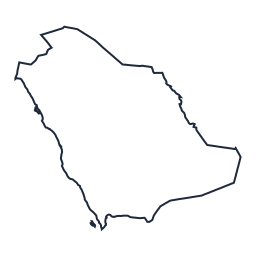 Saudi Arabia, Natural Earth projection
{"feature_id": "SAU", "entity_name": "Saudi Arabia", "entity_type": "country or territory", "adm_level": 0, "iso_a3": "SAU", "parent_name": "Asia", "parent_adm1": "", "projection": "natural_earth1", "projection_center": [44.88, 24.248], "detail": "fine", "context": "isolated", "style": "outline", "palette": "slate", "viewbox_px": 256, "rotation_deg": 0, "n_neighbors": 0, "source": "natural_earth", "source_scale": "50m", "svg_char_len": 5048}
<svg xmlns="http://www.w3.org/2000/svg" viewBox="0 0 256 256"><path d="M201.6,195.6L199.0,196.0L196.5,196.4L193.8,196.8L190.4,197.4L187.8,197.8L184.0,198.4L180.5,198.9L177.3,199.4L174.1,200.0L171.3,200.4L169.7,200.9L167.8,202.0L164.8,203.7L161.8,205.5L160.3,206.4L158.7,208.7L157.8,209.8L156.3,211.9L155.2,213.5L153.9,215.4L153.3,217.1L152.4,219.8L151.6,220.4L150.3,221.3L149.1,221.9L147.3,221.8L146.3,220.2L145.2,218.5L144.6,217.8L144.1,217.8L142.3,218.0L140.1,218.2L137.4,217.9L134.4,217.6L131.6,217.3L130.2,217.1L128.4,216.0L127.9,215.8L127.4,215.7L125.2,215.7L123.0,215.7L120.8,216.0L118.8,215.9L116.6,216.1L115.8,216.5L115.0,216.5L114.5,216.9L114.0,217.0L113.4,216.7L112.8,216.8L111.8,216.5L111.1,215.8L110.5,215.1L109.9,214.8L109.2,214.6L108.6,214.6L107.8,215.0L107.3,215.3L106.1,216.6L106.0,217.0L106.6,217.8L106.4,218.1L105.7,218.6L105.5,219.7L105.4,220.4L105.3,221.9L105.6,223.2L106.0,223.6L106.0,224.1L105.8,225.2L105.1,225.5L104.6,226.5L104.3,227.0L103.8,227.5L101.8,229.3L101.7,228.2L101.0,226.7L101.0,225.6L100.7,224.6L100.1,223.7L99.1,222.9L99.0,221.7L98.3,220.6L97.3,219.6L96.7,217.9L96.3,215.6L93.7,212.6L90.4,209.8L89.4,208.3L87.8,205.1L87.0,202.6L84.8,199.7L84.7,198.5L84.4,197.2L83.9,195.7L83.6,194.5L81.4,189.2L80.7,188.4L80.1,187.2L80.0,186.3L79.8,185.8L78.2,185.0L76.8,182.8L72.5,179.3L70.4,178.9L68.7,177.7L67.5,176.0L66.2,173.2L63.9,170.2L61.9,165.9L62.6,164.3L62.5,163.2L61.9,161.3L61.3,159.9L60.9,158.5L61.2,156.6L61.4,154.4L61.8,153.2L62.1,152.0L61.8,149.4L61.1,148.0L61.2,147.1L60.5,146.7L59.9,145.7L60.5,145.7L59.4,144.3L59.0,143.5L58.6,141.7L58.0,140.2L56.3,137.0L55.5,135.0L53.6,132.4L51.6,130.5L50.3,129.7L49.7,128.9L48.7,128.9L47.5,127.8L46.7,127.7L45.7,127.5L44.5,125.4L43.6,123.4L41.9,120.7L42.3,120.1L42.8,118.9L42.6,117.5L42.4,116.5L41.7,114.7L39.3,110.2L38.7,109.5L37.6,108.8L37.0,106.8L36.7,105.1L35.1,104.2L32.3,97.9L30.7,95.7L30.1,94.2L28.2,91.8L27.3,89.4L25.4,87.1L23.8,83.3L21.3,79.4L20.3,78.7L17.6,78.4L16.5,78.1L15.4,79.0L15.4,77.9L16.1,76.4L17.2,73.3L17.5,70.6L19.3,62.4L21.5,62.8L23.4,63.2L26.1,63.7L28.9,64.2L30.5,64.5L31.1,64.4L33.4,62.4L35.5,60.6L36.8,58.4L38.0,56.3L38.5,55.8L40.4,55.4L43.3,54.8L46.1,54.1L46.3,53.9L47.0,52.2L47.9,50.1L48.1,49.8L48.3,49.6L50.4,48.4L51.6,47.7L49.9,45.5L48.3,43.4L46.5,41.1L44.9,39.3L42.6,36.6L41.1,34.9L43.8,34.1L46.8,33.2L49.7,32.3L53.3,31.2L56.1,30.3L60.3,29.0L62.3,28.4L62.7,28.3L64.3,26.7L66.6,27.2L70.1,27.8L73.5,28.4L77.1,29.1L78.2,29.7L81.7,31.9L83.9,33.3L86.5,34.9L89.8,37.0L92.0,38.4L94.9,40.2L97.2,42.2L100.0,44.8L103.1,47.7L105.7,49.9L109.3,53.0L112.8,56.0L116.2,59.0L119.0,61.4L122.5,64.4L122.7,64.5L126.3,64.8L131.0,65.3L135.8,65.7L140.1,66.1L142.0,65.7L144.0,66.0L146.8,66.4L148.4,66.6L151.6,67.1L152.5,69.0L152.8,70.4L153.2,71.7L154.1,73.0L156.3,72.9L158.1,72.9L160.5,72.9L162.3,72.8L162.9,74.1L163.2,75.3L164.3,78.1L165.9,80.4L166.3,81.2L166.5,82.4L166.3,82.8L166.2,83.4L167.3,84.6L169.3,85.6L170.0,85.9L170.9,86.4L170.2,87.1L171.4,88.7L172.7,90.4L174.1,90.7L176.1,93.3L179.0,94.9L180.7,97.0L180.1,96.9L179.4,96.6L179.2,96.8L179.3,97.7L179.4,98.8L180.3,99.7L181.1,100.4L181.5,101.6L180.9,104.3L180.7,104.3L180.2,104.0L179.8,104.0L179.5,104.1L180.1,106.1L180.6,107.5L181.3,108.7L181.8,110.4L182.3,111.1L184.2,113.0L184.8,114.5L185.3,117.3L186.5,118.9L187.2,120.1L188.0,121.1L188.6,122.6L189.4,123.6L189.8,123.9L190.4,124.0L191.2,124.0L192.1,123.7L193.0,123.5L193.8,124.0L194.6,124.0L194.7,124.5L194.1,125.2L193.5,126.9L194.4,127.2L195.3,127.3L195.9,127.6L196.3,127.6L196.3,128.0L196.4,129.6L196.6,130.3L197.0,130.8L197.6,131.7L198.2,132.5L198.8,133.4L199.4,134.2L200.0,135.1L200.6,135.9L201.2,136.7L201.8,137.6L202.4,138.4L203.0,139.3L203.6,140.1L204.2,141.0L204.8,141.8L205.5,142.6L206.1,143.5L206.7,144.3L207.2,145.0L208.1,145.1L208.4,145.2L209.2,145.3L210.4,145.5L212.1,145.7L214.0,146.0L216.2,146.3L218.5,146.7L220.9,147.0L223.4,147.4L225.7,147.7L227.9,148.0L229.8,148.3L231.5,148.5L232.7,148.7L233.6,148.9L233.8,148.9L234.7,149.0L234.9,149.0L235.6,148.0L236.4,149.4L237.1,150.6L238.0,152.3L239.0,154.0L239.9,155.7L240.6,157.0L240.3,158.3L239.9,159.7L239.6,161.1L239.2,162.6L238.8,164.0L238.5,165.4L238.1,166.8L237.7,168.2L237.3,169.7L237.0,171.1L236.6,172.5L236.2,173.9L235.9,175.4L235.5,176.8L235.1,178.2L234.7,179.6L234.4,181.0L233.9,182.7L232.8,183.2L230.9,183.9L229.1,184.7L227.2,185.4L225.4,186.1L223.5,186.9L221.7,187.6L219.8,188.4L217.9,189.1L216.1,189.8L214.2,190.6L212.4,191.3L210.5,192.0L208.7,192.8L206.8,193.5L204.9,194.2L203.1,195.0L201.6,195.6ZM92.9,224.8L93.8,224.9L93.4,224.5L93.4,224.3L93.7,223.7L94.9,224.9L94.9,226.4L94.8,226.7L94.5,226.4L94.3,226.1L94.2,225.8L93.9,225.4L92.7,225.6L92.0,225.2L90.9,224.0L90.6,223.2L91.1,223.0L91.5,222.6L91.8,221.9L91.6,221.2L92.2,221.3L92.5,222.0L92.6,223.7L92.7,224.0L92.5,224.4L92.9,224.8ZM39.0,113.5L38.7,113.5L38.0,112.6L37.6,112.0L37.1,111.6L35.1,110.7L34.8,110.1L35.2,109.6L35.4,110.1L35.7,110.5L37.4,111.2L39.3,113.0L39.6,113.1L39.0,113.5ZM35.8,109.3L35.7,109.4L35.3,109.0L35.3,108.0L35.7,107.4L35.7,108.2L35.8,109.0L35.8,109.3Z" fill="none" stroke="#1e293b" stroke-width="2"/></svg>